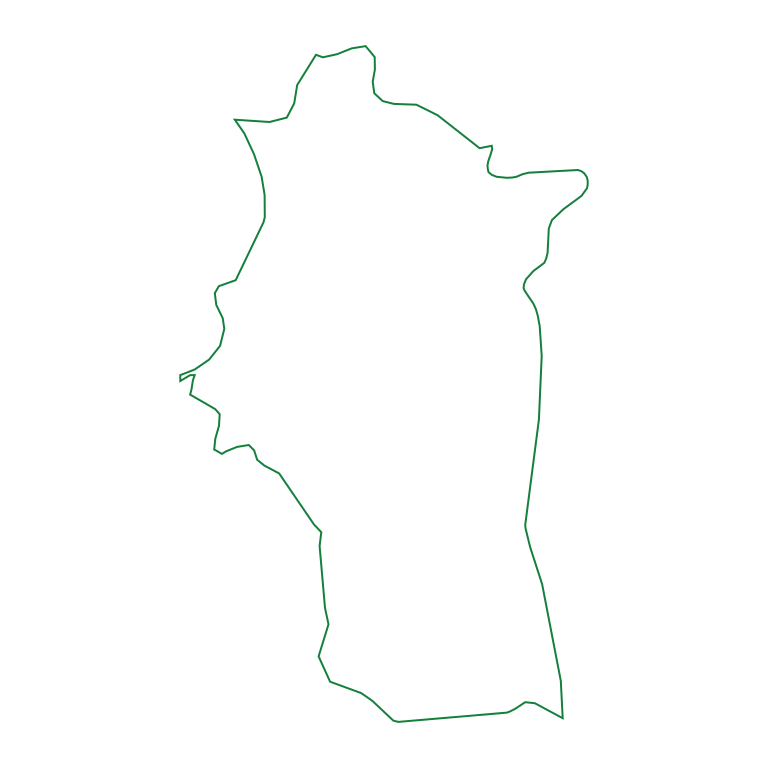 the border of Lattakia
{"feature_id": "SYR-134", "entity_name": "Lattakia", "entity_type": "Province", "adm_level": 1, "iso_a3": "SYR", "parent_name": "Syria", "parent_adm1": "", "projection": "equal_earth", "projection_center": [36.019, 35.573], "detail": "fine", "context": "isolated", "style": "outline", "palette": "green", "viewbox_px": 768, "rotation_deg": 0, "n_neighbors": 0, "source": "natural_earth", "source_scale": "10m", "svg_char_len": 1545}
<svg xmlns="http://www.w3.org/2000/svg" viewBox="0 0 768 768"><path d="M479.6,148.2L491.7,145.8L492.2,149.5L491.8,150.5L490.2,155.9L489.2,158.4L488.1,161.9L487.5,165.5L487.8,168.9L488.5,172.1L491.7,174.8L496.6,176.8L507.0,177.8L512.6,177.5L516.6,176.7L522.8,174.1L528.7,172.7L577.8,170.0L581.2,171.1L584.1,173.2L586.7,176.8L587.7,180.5L587.7,184.4L587.1,188.1L581.6,195.8L563.5,209.1L551.9,220.1L548.8,228.5L547.6,252.7L546.2,258.6L544.3,262.8L533.3,271.1L526.1,279.2L524.0,284.2L523.6,288.2L524.9,291.1L533.4,303.7L535.9,309.2L537.7,315.4L539.7,326.1L541.7,356.0L538.9,419.7L525.2,525.1L525.6,528.6L530.1,547.0L542.1,584.1L560.8,680.8L562.7,718.2L534.8,703.2L525.2,702.2L515.2,708.8L509.9,711.5L507.0,712.6L398.3,721.9L393.3,720.6L372.4,700.9L361.2,693.1L330.3,681.8L330.1,681.7L318.6,656.4L328.5,624.3L325.0,608.0L319.6,546.0L321.3,532.2L314.0,524.5L279.2,473.5L264.4,465.6L257.2,459.8L254.1,450.3L248.7,445.0L237.1,446.9L225.9,451.4L222.0,453.9L214.2,449.5L215.3,438.8L219.0,425.7L219.7,414.2L215.3,409.2L190.1,394.6L191.4,389.9L192.9,380.4L194.7,375.1L190.2,375.1L180.3,381.0L180.3,375.1L194.7,369.5L209.1,359.6L220.1,345.8L224.3,328.8L222.7,318.1L216.3,305.0L214.8,293.2L218.8,286.2L235.7,280.2L263.5,222.3L264.8,217.2L264.6,194.9L261.6,176.6L254.0,154.2L244.3,133.3L234.8,119.7L269.5,122.0L286.8,117.6L294.2,103.4L297.2,85.0L316.0,54.8L322.9,57.3L337.1,54.2L351.6,48.4L365.6,46.1L374.7,57.1L374.9,69.4L372.7,81.9L374.3,93.3L382.7,101.1L393.9,103.9L416.4,104.7L437.7,115.3L479.6,148.2Z" fill="none" stroke="#15803d" stroke-width="2"/></svg>